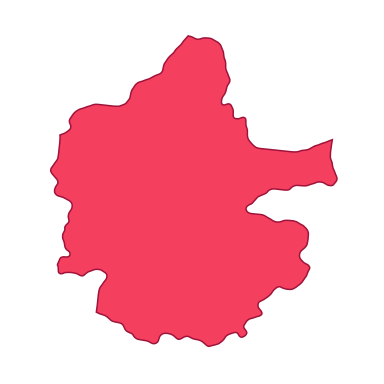 Sabana Grande de Boyá, Monte Plata, Dominican Republic (Robinson projection), rotated 276°
{"feature_id": "3306468B74800067614401", "entity_name": "Sabana Grande de Boyá", "entity_type": "district", "adm_level": 2, "iso_a3": "DOM", "parent_name": "Dominican Republic", "parent_adm1": "Monte Plata", "projection": "robinson", "projection_center": [-69.796, 18.975], "detail": "fine", "context": "isolated", "style": "filled", "palette": "rose", "viewbox_px": 384, "rotation_deg": 276, "n_neighbors": 0, "source": "geoboundaries", "source_scale": "gbopen_adm2", "svg_char_len": 5912}
<svg xmlns="http://www.w3.org/2000/svg" viewBox="0 0 384 384"><g transform="rotate(276 192 192)"><path d="M62.5,109.4L61.2,113.0L60.3,117.5L59.8,119.0L58.7,121.0L56.0,124.7L55.3,126.1L54.8,128.4L54.3,133.7L53.9,135.1L53.6,135.8L52.8,136.9L51.8,137.8L48.4,139.8L47.0,141.2L46.1,143.1L44.9,146.9L44.2,147.9L42.3,149.4L41.4,150.3L40.4,152.1L39.9,153.5L39.7,155.8L39.3,162.2L38.8,164.4L37.3,168.1L37.1,169.5L37.4,171.0L38.0,172.2L39.4,173.6L40.7,174.1L44.6,174.9L45.8,175.5L46.9,176.4L47.8,177.5L48.4,178.8L48.7,180.4L48.8,181.9L48.6,185.1L47.9,187.3L47.2,188.7L44.7,192.2L44.2,193.4L44.1,194.1L44.2,194.8L44.7,196.0L47.1,199.5L47.7,200.8L48.0,202.2L47.9,203.7L46.2,208.2L46.0,209.7L45.5,214.3L44.9,216.6L43.8,218.6L41.2,222.3L40.5,223.5L40.2,224.9L42.9,232.2L43.9,234.3L45.4,236.1L47.0,237.7L48.8,239.1L51.9,240.7L53.3,242.1L54.5,243.9L56.5,248.3L56.8,249.5L56.9,250.2L56.7,251.5L56.0,252.4L53.9,253.9L53.2,254.8L52.9,255.4L52.8,256.0L52.8,256.8L53.0,257.4L54.1,259.2L55.7,260.6L56.9,261.1L57.6,261.2L58.2,261.1L59.3,260.5L62.3,257.9L63.5,257.5L64.1,257.5L65.2,257.8L69.2,259.8L70.8,261.2L72.0,262.9L73.0,265.7L74.8,269.5L75.5,271.5L76.1,272.6L76.9,273.6L77.9,274.2L78.5,274.3L79.8,273.9L80.8,273.2L83.3,270.7L84.5,269.9L85.2,269.7L86.5,269.4L87.8,269.5L89.1,269.9L89.6,270.2L90.4,271.2L91.4,272.9L92.6,274.7L96.1,278.8L99.0,281.3L102.1,282.9L103.3,283.8L105.0,285.3L106.3,287.0L106.9,288.3L106.9,289.6L105.9,292.5L105.6,293.9L105.3,296.2L105.3,298.6L105.4,300.2L105.8,301.7L106.1,302.4L106.9,303.7L108.3,305.5L111.5,308.9L113.2,310.4L114.4,311.2L116.9,312.5L120.4,314.5L125.1,315.8L127.9,316.9L129.0,317.0L129.5,316.9L130.5,316.2L131.4,315.3L132.0,314.1L133.0,311.5L133.8,310.2L135.3,308.4L136.3,307.3L137.6,306.3L138.2,306.0L139.6,305.6L141.8,305.5L143.8,306.1L145.1,306.9L148.4,310.0L150.3,311.3L151.6,311.8L153.8,312.1L156.7,312.3L161.9,312.2L163.3,312.0L164.7,311.5L166.0,310.8L167.2,309.8L168.2,308.7L169.7,306.8L170.5,305.5L171.6,302.7L173.1,299.6L173.5,298.2L173.9,295.8L173.9,291.8L173.7,288.7L173.2,286.4L171.7,283.3L171.3,281.9L171.0,279.6L171.3,277.3L171.7,275.9L173.3,272.8L174.4,270.1L175.9,267.0L176.4,265.6L176.7,264.1L176.8,261.7L176.7,253.6L176.9,252.1L177.2,250.6L177.9,249.4L178.8,248.4L180.0,247.7L181.4,247.4L182.7,247.8L183.8,248.5L185.1,249.9L186.3,252.1L187.2,253.1L193.9,257.9L194.6,258.9L198.2,265.3L199.0,266.2L201.5,268.1L202.3,269.2L203.0,270.4L203.5,271.9L203.7,273.5L203.7,276.0L203.6,283.6L203.8,286.0L204.1,287.4L204.7,288.7L207.4,291.0L208.3,292.1L208.9,293.3L209.4,294.7L209.6,296.2L209.8,302.6L210.1,304.9L210.6,306.3L212.1,309.4L213.2,312.2L214.8,315.3L215.2,316.7L215.4,319.0L215.1,321.3L214.7,322.6L213.2,325.7L212.8,327.8L212.9,330.0L213.4,331.3L213.9,331.8L216.4,333.5L218.1,334.5L219.4,334.8L220.8,334.8L222.6,334.1L224.8,332.8L227.3,331.6L230.8,329.6L236.2,328.1L239.1,326.6L240.4,326.1L242.7,325.8L246.5,325.6L253.6,325.8L258.7,326.1L257.0,322.7L255.3,319.6L253.9,316.2L251.9,312.5L250.8,309.7L250.0,308.4L247.3,304.6L246.5,303.3L245.7,301.1L244.7,296.7L243.3,293.5L242.9,292.1L242.5,289.5L242.4,286.9L242.4,256.1L242.5,253.5L242.8,251.9L243.0,251.1L243.8,249.6L245.2,247.6L247.9,244.6L249.7,243.0L251.7,241.8L253.9,241.2L259.4,240.6L260.7,240.1L263.7,238.8L265.7,238.4L269.0,238.1L270.2,237.7L270.7,237.4L271.1,237.0L271.4,236.4L271.6,235.1L271.3,233.9L269.9,231.2L269.6,229.9L269.5,227.8L269.9,226.5L270.3,226.0L270.8,225.5L271.9,225.0L276.6,224.6L278.6,224.1L281.8,222.2L282.8,221.4L283.4,220.3L283.5,219.1L283.2,217.9L282.0,215.4L281.9,214.2L282.0,213.6L282.3,213.0L283.3,212.2L284.5,211.9L285.8,211.8L288.5,212.1L289.9,212.6L292.8,214.2L294.1,214.7L295.5,215.1L300.5,215.8L301.8,216.3L305.2,217.9L307.2,218.0L307.9,217.9L313.8,214.9L317.3,213.0L319.3,212.5L323.6,212.0L325.7,211.5L329.2,209.8L334.7,208.5L340.0,205.7L341.2,205.0L342.6,203.5L343.4,202.4L346.3,195.9L346.7,194.4L346.8,192.8L346.7,189.7L346.5,188.1L346.2,186.7L344.9,183.6L344.5,181.5L344.8,179.4L346.3,175.6L346.9,171.9L341.2,167.8L337.5,165.7L332.9,161.8L331.7,160.9L328.6,159.2L324.5,155.6L322.7,154.3L316.7,151.1L314.6,150.6L309.7,150.1L308.4,149.6L307.3,148.9L305.9,147.3L304.0,143.4L300.1,137.6L298.6,134.2L297.0,131.0L295.6,127.7L294.9,126.6L293.4,125.1L292.3,124.3L286.9,121.5L284.8,121.0L279.8,120.5L278.5,120.2L277.3,119.6L274.0,117.5L273.0,116.7L272.2,115.6L270.4,112.1L269.8,110.8L269.5,109.2L269.2,105.1L269.3,90.0L269.2,87.5L268.9,85.9L268.4,84.5L266.9,81.4L265.8,78.6L264.2,75.5L262.8,72.1L262.1,70.8L259.9,68.0L257.7,66.1L252.4,63.2L251.2,62.8L249.9,62.6L248.6,62.8L245.9,64.2L244.7,64.6L243.3,64.6L242.6,64.5L241.4,63.9L239.4,62.0L237.5,59.7L236.4,57.8L234.9,54.7L232.6,55.1L228.7,55.3L216.0,55.3L212.1,55.1L210.6,54.8L209.3,54.2L206.4,52.5L204.0,51.2L201.2,49.6L199.9,49.2L199.2,49.2L197.9,49.4L196.6,50.1L195.4,51.1L190.5,56.3L189.3,57.1L188.6,57.4L187.2,57.7L185.9,57.4L182.6,55.7L180.6,55.2L179.2,55.1L177.8,55.3L177.1,55.6L176.0,56.3L175.1,57.3L174.4,58.6L174.0,60.0L173.2,64.4L170.5,71.0L169.3,72.7L168.2,73.5L167.0,74.1L165.6,74.3L164.2,74.3L162.8,74.0L161.5,73.5L158.7,72.0L156.6,71.5L154.6,71.5L153.3,71.8L150.6,72.7L149.4,72.6L148.3,72.1L145.7,70.0L144.6,69.4L143.5,69.2L141.1,69.5L140.0,69.2L137.2,68.1L135.8,67.9L134.4,67.9L132.3,68.3L128.8,70.1L124.8,71.2L123.5,71.7L122.4,72.5L121.5,73.4L119.9,76.0L119.5,76.4L118.4,77.0L117.3,77.2L116.7,77.2L115.5,76.7L114.7,75.7L114.3,74.5L114.1,71.1L113.8,69.8L113.2,68.6L112.8,68.2L111.7,67.6L106.0,65.8L105.0,65.9L103.8,66.7L99.0,67.4L97.9,67.9L97.5,68.4L97.2,69.0L97.0,69.6L97.1,71.0L97.5,72.1L98.6,74.1L99.2,78.2L99.3,80.9L99.1,83.5L98.9,85.1L98.5,86.7L97.5,89.0L97.2,90.2L97.1,91.5L97.5,92.7L97.9,93.2L100.0,95.1L101.7,97.1L104.5,102.8L105.0,104.3L105.2,105.8L105.2,108.2L104.9,109.7L104.0,111.6L102.5,114.4L101.6,115.4L101.0,115.8L99.8,116.2L98.5,116.2L97.1,116.0L95.9,115.5L93.1,113.7L90.6,112.4L87.8,110.7L86.4,110.2L84.9,109.9L81.0,109.6L69.0,109.6L62.5,109.4Z" fill="#f43f5e" stroke="#9f1239" stroke-width="1.5"/></g></svg>